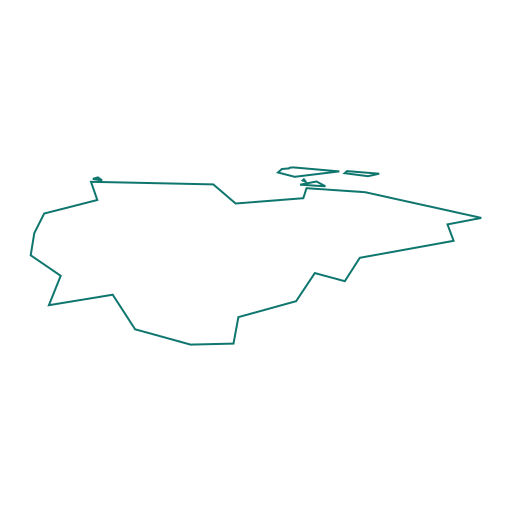 the border of Sakha (Yakutia)
{"feature_id": "RUS-2612", "entity_name": "Sakha (Yakutia)", "entity_type": "Autonomous Province", "adm_level": 1, "iso_a3": "RUS", "parent_name": "Russia", "parent_adm1": "", "projection": "equal_earth", "projection_center": [131.922, 66.295], "detail": "coarse", "context": "isolated", "style": "outline", "palette": "teal", "viewbox_px": 512, "rotation_deg": 0, "n_neighbors": 0, "source": "natural_earth", "source_scale": "10m", "svg_char_len": 721}
<svg xmlns="http://www.w3.org/2000/svg" viewBox="0 0 512 512"><path d="M91.0,181.8L213.3,184.4L235.6,203.5L303.3,198.2L306.5,188.2L365.1,192.2L481.3,217.9L447.5,224.4L453.6,240.8L359.8,257.8L344.8,281.2L314.8,273.1L296.1,301.2L238.4,317.1L233.5,343.6L190.5,344.6L135.1,329.3L112.7,294.7L48.9,305.2L60.7,275.8L30.7,255.3L34.3,233.1L44.2,213.5L97.3,200.0L91.0,181.8ZM339.3,171.4L294.7,176.8L278.0,172.5L281.9,169.0L289.0,168.4L289.7,167.7L293.4,167.4L339.3,171.4ZM379.2,173.7L368.0,176.2L344.7,173.2L347.0,171.1L379.2,173.7ZM316.5,181.5L325.4,186.3L300.1,184.7L316.5,181.5ZM97.9,177.4L102.1,180.4L92.8,178.9L97.9,177.4ZM303.9,179.3L305.5,181.5L302.6,180.5L303.9,179.3Z" fill="none" stroke="#0f766e" stroke-width="2"/></svg>